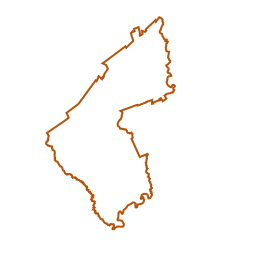 the district of El Mante, Tamaulipas, Mexico, rotated 63°
{"feature_id": "50627088B42847090379664", "entity_name": "El Mante", "entity_type": "district", "adm_level": 2, "iso_a3": "MEX", "parent_name": "Mexico", "parent_adm1": "Tamaulipas", "projection": "natural_earth1", "projection_center": [-98.766, 22.608], "detail": "fine", "context": "isolated", "style": "outline", "palette": "amber", "viewbox_px": 256, "rotation_deg": 63, "n_neighbors": 0, "source": "geoboundaries", "source_scale": "gbopen_adm2", "svg_char_len": 5899}
<svg xmlns="http://www.w3.org/2000/svg" viewBox="0 0 256 256"><g transform="rotate(63 128 128)"><path d="M163.4,192.1L163.7,192.4L164.4,191.9L164.2,192.6L164.9,192.6L165.2,192.2L166.3,191.8L166.6,191.9L166.9,191.6L167.4,191.7L167.6,191.0L168.0,191.4L168.7,191.0L168.9,191.1L169.1,190.7L169.7,190.8L170.1,190.5L170.5,190.7L171.5,190.3L172.1,189.3L172.6,189.5L172.4,190.0L172.6,190.3L172.7,190.0L172.9,190.2L172.9,190.6L173.7,190.7L173.5,190.9L173.7,191.2L173.5,191.6L174.1,191.6L174.4,192.6L174.9,192.9L175.2,192.4L175.1,193.2L175.7,193.0L176.6,193.2L177.0,192.7L176.8,192.5L177.4,192.3L177.8,191.5L178.6,191.1L179.0,191.6L180.1,191.6L179.7,191.8L180.0,192.2L180.3,192.1L180.6,193.3L181.3,193.7L181.4,194.0L182.5,193.8L183.1,194.8L183.7,194.3L183.7,194.8L184.0,195.0L184.3,195.4L184.3,195.0L184.5,195.1L184.6,195.4L184.9,195.7L186.6,194.7L186.8,195.1L187.3,195.0L187.9,195.6L188.1,195.5L188.2,195.1L188.5,195.2L188.5,195.7L188.9,195.8L189.9,195.3L189.9,194.4L190.6,193.4L191.1,193.7L192.0,193.7L192.6,194.1L192.7,193.9L193.6,193.8L196.6,193.8L196.9,193.5L196.9,193.3L197.5,193.0L197.8,192.1L200.8,192.1L201.2,191.8L202.1,191.7L202.9,191.1L203.3,190.3L203.9,190.4L204.8,189.7L205.3,189.8L205.8,188.9L206.3,188.7L206.1,187.7L205.6,187.2L205.9,186.6L206.4,186.4L207.1,184.6L207.7,184.5L209.4,185.4L210.4,185.2L210.5,185.8L210.1,186.0L209.7,185.9L209.7,186.3L210.0,186.6L210.6,186.4L210.8,186.7L210.6,187.5L211.1,187.7L211.9,186.2L211.3,185.4L211.0,182.5L211.3,181.6L213.6,177.4L213.4,176.6L211.9,175.3L208.2,175.4L207.7,175.7L206.8,176.8L205.8,178.7L204.9,179.0L204.3,178.5L203.9,177.6L199.4,175.0L198.6,173.5L198.8,172.7L199.1,172.5L201.5,172.3L201.9,172.1L201.9,171.6L199.1,169.1L198.8,167.4L198.2,165.5L196.8,163.3L197.0,160.2L196.5,157.5L196.8,156.8L198.6,155.5L201.8,157.3L202.5,156.9L202.7,156.0L202.6,155.7L200.6,154.1L201.7,150.5L201.4,148.3L201.0,147.7L199.3,146.2L198.1,146.2L197.2,146.7L197.1,147.3L197.3,148.0L196.9,148.7L196.5,148.7L196.0,147.9L196.6,146.6L196.6,146.0L196.2,146.1L195.7,146.8L194.8,147.0L194.1,146.4L193.8,144.5L194.1,143.2L195.4,141.3L196.8,140.9L199.7,141.7L200.3,141.3L200.4,140.8L200.4,140.0L198.9,137.5L197.9,136.6L196.6,137.2L195.3,136.6L194.3,136.8L193.8,136.5L194.2,136.2L192.7,136.4L192.6,136.1L193.0,135.4L192.6,134.9L192.5,134.1L192.1,133.8L191.4,134.4L189.9,133.8L189.7,133.3L188.8,133.0L187.5,133.3L186.5,132.7L186.2,133.0L184.4,133.1L183.9,132.8L183.1,131.5L182.2,131.9L181.5,131.6L180.5,132.3L180.2,131.7L178.5,130.3L176.7,131.5L175.7,131.9L174.0,130.9L173.6,129.9L173.2,129.8L173.0,129.0L171.8,129.5L171.4,129.0L170.1,128.5L169.6,128.9L169.0,128.8L167.9,127.9L167.3,128.0L166.8,127.8L166.6,127.1L165.4,126.4L164.0,125.1L163.9,125.2L163.5,124.8L162.9,124.8L162.5,124.5L161.6,124.5L160.9,123.7L161.2,123.4L160.4,122.2L159.9,122.4L159.7,125.3L159.2,130.7L139.1,129.7L138.8,128.3L135.5,127.1L135.1,126.6L133.7,127.1L133.9,127.5L133.8,128.1L133.4,128.4L133.5,128.7L133.2,128.8L133.2,129.2L132.0,130.5L131.3,130.6L130.2,130.2L128.2,130.6L128.1,131.3L127.5,131.7L127.1,132.5L126.8,132.5L126.4,133.3L125.7,133.8L125.2,135.2L123.3,135.2L121.5,136.0L119.8,135.5L118.8,134.6L117.2,132.2L117.0,130.6L116.6,130.5L115.2,128.4L114.4,128.2L111.9,125.9L111.2,125.9L109.4,126.9L111.5,109.3L112.4,109.2L113.5,99.9L113.4,99.5L113.1,99.5L114.0,93.7L117.3,95.6L117.7,94.4L116.7,94.3L117.4,87.5L117.9,87.2L117.8,86.3L116.6,86.8L116.3,85.2L119.9,84.9L119.3,80.5L115.6,80.7L115.2,77.5L116.3,74.5L116.2,73.4L116.5,72.4L116.2,71.9L116.4,71.5L116.4,71.0L115.8,70.7L115.3,69.6L114.7,70.1L113.1,69.6L112.1,67.2L111.6,67.1L110.4,67.6L109.9,68.5L109.9,68.9L111.1,70.5L111.2,71.1L110.5,71.9L107.8,73.1L105.1,72.9L104.3,72.5L102.7,70.8L101.6,70.3L100.6,69.3L100.5,68.2L101.1,66.2L101.1,65.6L100.5,65.5L98.3,65.9L97.0,67.2L96.4,67.4L95.4,66.8L94.6,65.4L93.4,64.8L90.9,65.5L89.7,65.6L89.4,65.3L89.4,63.6L89.0,62.0L88.4,60.6L87.6,59.9L87.0,59.9L86.0,60.4L84.7,60.1L83.5,60.4L78.7,56.9L77.0,58.8L74.5,58.2L73.4,57.7L71.9,56.4L70.5,55.8L70.0,54.4L69.2,53.3L68.4,53.7L68.4,54.7L67.7,55.3L67.4,55.3L67.2,54.9L67.2,53.9L66.8,53.5L65.9,55.1L64.7,55.5L64.0,55.3L61.6,55.5L59.6,55.0L58.0,56.2L57.3,56.3L56.0,55.6L55.3,54.3L52.9,51.9L51.8,50.0L50.5,49.0L48.2,48.9L47.3,47.9L46.9,47.9L45.5,48.4L43.6,49.9L43.6,50.3L43.9,50.4L45.2,53.2L45.4,53.3L45.2,53.3L46.0,54.9L44.4,54.7L48.0,66.6L48.4,67.6L49.6,67.5L50.1,69.2L47.8,71.4L50.9,72.3L51.2,75.4L50.6,75.3L50.5,74.8L42.9,72.8L42.4,77.7L44.8,78.1L44.7,80.4L44.1,80.3L44.8,82.4L52.8,83.8L55.7,93.2L54.1,93.3L58.5,118.6L58.8,121.3L62.0,118.9L66.1,119.0L69.2,124.6L70.0,125.5L70.6,125.5L71.2,126.4L71.1,126.8L71.6,126.8L71.9,127.2L71.5,127.5L72.2,128.4L72.0,128.5L72.6,129.1L68.5,130.6L68.8,131.1L69.1,131.0L72.0,134.8L70.9,135.2L84.1,161.2L86.6,175.9L92.0,176.2L93.0,182.3L95.6,202.5L99.0,202.1L100.1,203.2L101.5,204.1L101.8,204.7L102.3,204.9L102.6,204.7L103.3,205.8L103.1,206.3L103.2,206.8L103.6,206.9L103.8,207.5L105.0,208.1L106.2,207.8L107.0,207.1L107.5,207.1L108.4,206.0L108.8,206.0L109.7,204.2L110.5,204.2L111.5,204.8L111.7,204.6L113.2,205.1L114.1,204.3L115.0,203.9L117.3,204.6L118.0,205.4L119.2,205.8L119.8,206.3L120.7,206.3L121.2,206.4L121.7,207.0L122.2,206.8L122.7,207.0L122.8,207.5L123.3,207.8L125.1,207.1L126.0,206.1L131.1,206.0L131.9,205.1L132.6,204.7L133.2,204.9L134.1,204.6L135.5,205.2L136.1,205.2L137.2,204.4L139.9,204.6L140.6,204.4L141.0,203.8L141.1,204.0L141.8,203.7L142.3,201.3L143.4,200.0L143.7,200.2L144.5,199.6L145.8,199.6L146.4,200.0L146.6,199.7L147.2,199.8L147.3,199.1L147.8,198.5L147.9,197.6L148.5,197.6L148.6,197.1L149.9,197.1L150.0,196.6L150.4,196.5L150.7,196.8L150.8,196.5L151.0,196.5L152.0,195.3L153.4,194.8L154.2,194.2L154.3,193.8L154.8,194.1L155.1,193.8L155.4,193.1L155.7,193.3L156.0,193.0L156.4,193.3L156.5,192.9L157.2,192.5L157.7,193.0L158.2,193.0L159.0,192.3L160.1,192.2L160.5,191.9L161.0,192.1L161.6,191.7L161.3,191.4L161.7,191.1L162.4,191.4L162.6,192.0L163.4,192.1Z" fill="none" stroke="#b45309" stroke-width="2"/></g></svg>